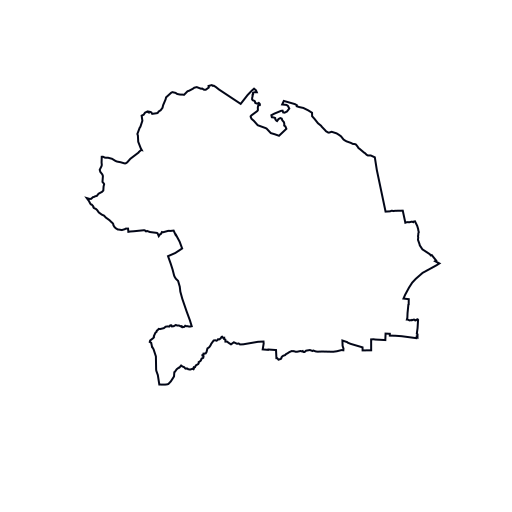 outline of Parjol, Bacau, Romania, rotated 292°
{"feature_id": "2599482B60535260634621", "entity_name": "Parjol", "entity_type": "district", "adm_level": 2, "iso_a3": "ROU", "parent_name": "Romania", "parent_adm1": "Bacau", "projection": "albers", "projection_center": [26.599, 46.592], "detail": "fine", "context": "isolated", "style": "outline", "palette": "ink", "viewbox_px": 512, "rotation_deg": 292, "n_neighbors": 0, "source": "geoboundaries", "source_scale": "gbopen_adm2", "svg_char_len": 6096}
<svg xmlns="http://www.w3.org/2000/svg" viewBox="0 0 512 512"><g transform="rotate(292 256 256)"><path d="M344.3,394.2L347.7,390.4L346.8,389.1L346.3,389.1L346.2,387.6L344.6,385.3L344.3,384.1L343.7,383.0L342.8,382.0L353.0,375.1L350.0,368.0L349.1,366.5L348.9,365.0L347.6,363.5L345.7,359.5L381.0,335.8L392.0,329.2L392.2,324.8L391.1,322.1L391.3,320.6L392.2,318.5L392.3,317.6L394.2,311.8L394.4,310.7L395.5,309.2L396.8,306.9L396.8,305.7L396.2,303.8L396.4,301.5L396.2,296.9L396.5,294.8L396.8,293.5L398.8,290.0L399.4,287.6L399.9,284.8L399.5,279.6L397.9,277.7L397.5,276.8L397.9,274.1L398.5,273.0L400.6,268.3L401.1,267.7L402.3,263.7L405.1,258.8L406.6,255.7L409.8,254.3L410.6,249.8L411.0,244.4L410.3,240.4L410.1,237.7L411.1,237.4L411.4,235.1L410.2,223.7L406.3,223.5L407.5,227.7L407.1,229.4L405.2,231.6L401.6,230.6L399.6,228.8L399.3,227.4L400.7,226.2L400.0,224.9L394.9,219.7L392.3,217.5L390.6,218.7L391.1,220.7L391.1,222.1L389.9,222.8L389.1,224.3L389.0,225.0L391.5,225.6L393.0,226.9L393.0,228.4L391.7,229.5L390.5,231.8L389.0,232.8L387.5,233.3L387.2,234.7L385.3,236.5L376.1,232.3L375.9,227.7L375.5,223.7L378.1,218.1L378.2,217.0L377.9,208.6L380.5,203.4L381.5,200.5L382.6,199.3L383.5,198.7L384.7,199.1L390.9,202.9L392.0,203.1L394.5,202.0L396.3,201.7L396.7,201.8L397.3,203.0L397.8,202.9L398.5,202.4L399.0,201.2L398.0,200.4L397.7,199.8L397.6,198.2L397.7,197.9L398.9,197.1L399.2,196.5L399.2,194.6L399.8,193.7L401.2,193.2L403.4,192.9L403.9,192.4L404.9,192.7L405.6,192.2L406.1,192.1L407.1,193.0L408.1,195.4L409.6,193.9L410.4,191.5L407.6,190.1L402.1,187.9L391.3,184.8L396.5,159.3L397.6,155.6L398.1,153.0L397.6,152.4L397.9,151.0L395.9,148.3L394.5,149.1L391.3,147.1L390.7,145.5L391.1,143.2L390.5,142.5L390.4,137.8L388.9,135.7L387.4,134.8L384.1,132.0L383.1,130.8L378.5,128.9L378.2,127.7L377.2,125.0L376.7,122.2L377.1,120.3L376.7,117.7L376.6,117.1L375.6,116.2L369.4,113.2L367.4,113.5L361.0,113.4L358.4,113.8L355.4,113.0L353.5,111.6L352.2,111.4L351.4,110.8L348.9,106.5L349.9,105.2L350.0,104.2L349.6,102.1L348.9,102.5L349.0,100.9L347.3,99.4L344.9,98.9L343.3,97.4L338.8,100.0L332.5,100.4L331.3,100.1L324.7,100.3L323.4,101.4L317.8,104.0L312.9,108.6L311.4,110.4L311.3,109.8L308.5,108.4L308.0,108.4L299.1,103.1L294.6,101.5L293.5,100.8L292.9,100.2L292.6,99.3L292.2,95.2L291.5,91.8L291.5,90.1L292.2,86.1L291.7,82.1L290.6,79.2L290.7,76.9L290.2,75.8L284.8,77.8L282.7,78.9L281.5,79.1L277.4,78.8L275.7,80.1L274.1,82.9L273.2,83.8L272.5,84.2L267.2,85.9L266.1,87.9L265.7,88.3L263.5,88.6L259.5,89.9L257.8,89.2L254.8,86.7L252.1,85.9L251.1,84.5L250.1,83.7L249.4,82.7L247.3,81.8L246.6,80.4L246.3,77.4L244.4,80.5L242.5,82.7L242.0,83.6L242.1,84.5L241.3,86.1L240.7,86.9L240.2,87.0L239.8,87.6L239.6,90.2L239.0,91.6L237.5,93.9L236.6,97.5L236.5,100.0L235.4,102.3L234.3,106.8L233.1,109.6L233.0,110.3L232.2,111.6L231.1,112.3L230.0,113.7L229.2,115.5L228.8,118.0L229.1,118.8L229.8,121.9L231.7,124.3L232.7,125.1L233.5,127.1L230.6,128.6L231.7,130.4L233.1,133.3L238.0,142.6L238.1,143.4L237.6,144.6L237.8,145.1L238.4,145.6L238.5,148.7L240.3,155.5L240.1,156.3L238.0,158.4L240.2,158.9L240.9,159.6L243.0,159.8L243.1,160.8L246.5,165.3L247.2,167.3L248.7,170.1L245.4,173.6L245.7,173.8L240.6,179.9L235.3,184.7L228.5,180.0L222.9,174.5L216.8,179.9L212.1,183.8L207.2,187.4L206.2,188.4L204.9,190.2L203.7,193.1L199.0,196.8L194.6,199.2L188.7,203.7L179.0,212.1L171.5,218.9L166.8,222.7L165.8,221.2L165.4,219.9L165.3,218.9L164.8,217.7L164.8,216.5L163.5,216.1L162.3,214.3L162.4,213.7L163.0,213.7L163.1,213.3L162.6,212.2L162.7,210.7L162.0,208.9L162.0,207.5L160.1,206.0L159.3,204.6L159.2,204.3L159.5,204.1L159.5,203.7L160.0,203.4L159.9,203.0L159.3,202.3L158.1,202.0L157.6,200.4L156.6,198.7L154.6,197.6L152.3,194.4L152.0,193.1L150.7,192.7L149.6,192.0L148.5,192.2L147.2,191.5L143.3,191.3L142.7,191.8L141.6,191.6L138.0,189.5L136.5,189.7L136.3,191.3L132.6,193.8L132.7,194.0L131.1,196.0L125.4,200.8L113.4,205.9L112.3,206.5L108.8,209.6L100.6,214.5L102.6,219.7L103.7,221.7L104.5,222.7L107.8,224.0L113.6,225.1L117.7,223.8L118.3,224.2L121.3,224.9L123.5,226.2L123.5,226.5L123.9,226.8L126.4,227.6L126.0,229.1L126.0,231.1L125.2,232.6L125.2,233.1L125.3,233.4L125.9,234.0L125.9,234.7L125.6,235.4L126.0,237.4L127.7,239.5L127.6,240.5L128.2,240.6L128.7,240.0L129.6,240.0L129.7,240.5L130.1,241.1L132.0,241.2L134.2,242.9L135.2,243.0L136.1,242.6L137.8,243.8L138.5,244.0L140.5,244.0L141.8,245.2L143.2,245.0L143.5,244.7L143.6,243.6L144.0,243.4L144.9,244.3L145.8,243.9L146.8,245.8L148.4,246.1L152.1,245.6L153.9,246.8L156.0,247.3L157.9,247.4L161.8,248.4L162.6,249.8L162.7,251.2L163.6,251.8L164.6,252.0L165.0,253.3L166.4,254.1L168.1,254.4L168.5,254.8L167.8,256.1L168.3,257.1L167.1,257.5L167.0,258.9L165.2,259.7L165.8,261.2L165.2,263.3L164.7,265.9L167.7,267.8L167.5,271.3L168.4,272.7L168.0,274.3L169.3,277.2L177.2,290.0L179.5,295.0L177.7,295.9L171.9,297.2L173.5,302.4L173.9,302.4L176.3,309.8L168.9,313.2L169.2,314.0L168.3,315.7L169.9,317.6L170.5,317.8L171.6,317.6L172.8,318.0L173.7,318.6L175.0,320.1L176.3,320.6L177.6,321.7L179.5,323.0L181.3,324.8L181.6,326.1L181.9,326.5L182.1,328.8L182.7,330.1L184.6,332.9L184.7,334.2L185.4,334.9L184.8,335.7L184.9,336.4L185.2,337.0L187.0,337.9L189.0,341.2L189.1,344.0L189.8,344.5L189.9,347.1L190.3,348.8L192.2,353.1L196.1,363.4L198.0,366.7L200.8,370.5L201.3,372.3L202.9,371.8L205.2,369.9L210.0,367.8L210.3,372.8L210.0,373.6L210.0,376.7L211.2,389.0L208.4,390.2L211.7,398.1L221.8,394.0L222.8,396.1L223.3,398.1L226.5,407.4L232.6,405.2L234.0,409.2L232.3,409.9L234.2,414.9L236.2,421.1L239.9,435.5L241.3,435.2L241.1,436.2L243.9,435.1L244.2,434.2L249.7,432.8L257.5,430.2L257.8,429.6L257.2,429.2L257.2,428.8L256.4,428.4L256.3,427.9L255.9,427.7L256.3,426.6L256.1,426.0L255.3,425.3L255.2,424.6L254.7,424.4L254.6,423.7L253.8,422.6L253.9,420.4L253.6,419.7L255.6,419.4L259.8,417.9L268.0,415.5L268.3,415.7L273.2,413.8L271.8,408.7L275.9,408.8L284.0,409.7L289.8,410.8L294.7,412.7L302.8,416.8L315.1,426.9L317.8,428.8L318.3,424.0L319.3,424.7L322.7,418.6L322.0,417.9L322.8,416.4L324.5,407.8L327.2,403.9L328.2,403.2L331.7,400.1L333.9,399.5L335.2,398.7L335.8,398.7L338.0,398.0L339.1,398.0L340.4,397.0L341.8,396.2L344.3,394.2Z" fill="none" stroke="#020617" stroke-width="2"/></g></svg>